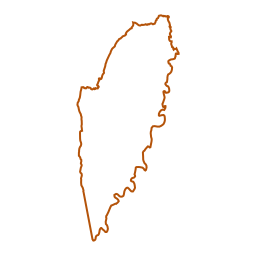 the district of Yaguará, Huila, Colombia
{"feature_id": "7082276B512677824118", "entity_name": "Yaguará", "entity_type": "district", "adm_level": 2, "iso_a3": "COL", "parent_name": "Colombia", "parent_adm1": "Huila", "projection": "equal_earth", "projection_center": [-75.497, 2.631], "detail": "fine", "context": "isolated", "style": "outline", "palette": "amber", "viewbox_px": 256, "rotation_deg": 0, "n_neighbors": 0, "source": "geoboundaries", "source_scale": "gbopen_adm2", "svg_char_len": 5690}
<svg xmlns="http://www.w3.org/2000/svg" viewBox="0 0 256 256"><path d="M176.4,48.4L176.0,48.8L175.6,48.9L175.0,49.0L174.0,48.8L173.9,48.9L173.8,49.6L173.7,49.7L173.3,49.0L173.2,47.5L173.0,47.3L172.6,47.3L172.1,47.1L171.8,45.7L171.3,44.4L171.2,44.1L171.2,43.5L171.7,42.1L171.6,41.3L171.0,41.4L170.4,41.2L169.8,40.8L169.2,39.7L169.0,36.8L170.1,36.7L170.4,36.9L170.5,37.3L170.8,37.4L171.0,37.0L171.0,36.6L170.7,35.9L170.1,34.8L169.9,34.3L169.9,33.5L170.5,32.2L171.3,31.4L171.3,30.9L171.2,30.5L170.8,30.1L170.4,29.0L170.3,28.5L170.7,27.4L170.7,27.0L170.5,26.8L169.8,27.1L169.5,26.7L169.6,26.2L169.9,25.7L170.0,25.3L169.3,22.5L168.6,21.5L167.9,19.7L167.8,18.9L167.8,17.8L168.2,17.6L168.7,17.5L168.8,17.2L168.8,16.6L168.4,16.2L167.6,16.0L166.4,16.5L165.8,16.3L165.5,16.4L164.9,16.0L164.3,16.2L163.8,15.9L163.6,15.9L163.3,16.3L163.2,16.3L162.8,15.9L162.2,15.8L161.3,15.4L160.5,15.4L159.9,15.6L159.1,15.7L158.8,16.0L158.6,16.7L158.0,18.1L157.0,18.6L156.8,18.9L156.6,19.2L156.7,19.9L156.3,20.1L155.8,20.7L155.5,22.1L155.1,22.9L154.7,23.6L154.6,23.8L153.9,23.8L153.0,24.3L151.6,23.5L151.1,23.4L150.1,23.7L149.6,24.2L148.9,24.4L148.3,24.1L147.9,24.2L147.6,24.4L147.5,24.7L147.3,24.8L146.3,24.7L145.8,24.2L144.6,24.7L142.8,25.0L142.6,25.0L142.0,24.7L140.3,25.5L139.8,25.5L138.9,25.3L137.3,24.2L136.9,23.7L135.0,22.7L133.7,22.7L133.1,22.5L133.3,23.5L133.3,24.7L133.1,25.5L132.5,26.5L131.7,27.4L131.5,27.9L131.6,28.3L130.4,28.7L129.6,29.5L126.9,31.7L126.6,32.1L126.4,32.7L125.9,33.2L125.8,33.5L126.0,34.5L125.6,34.6L125.0,35.5L122.6,36.4L122.2,37.0L120.9,38.1L120.6,38.5L119.2,39.0L118.8,39.5L118.4,40.3L117.7,41.0L117.3,41.2L115.4,44.4L115.0,45.5L114.8,46.4L112.7,48.2L112.0,49.0L110.8,51.5L110.5,52.8L110.0,53.8L109.4,54.8L106.8,60.4L106.1,62.7L105.6,63.8L105.2,66.3L103.7,70.9L103.9,72.2L104.0,72.9L103.5,73.6L102.9,74.2L102.5,75.0L102.1,76.2L101.9,77.4L101.4,78.7L101.2,78.9L100.9,79.0L100.6,78.6L100.0,78.4L99.1,78.4L98.9,78.6L98.9,79.2L99.3,80.0L99.2,80.4L99.0,80.8L98.6,81.2L97.8,83.6L97.2,84.6L97.1,85.1L97.3,85.5L98.0,85.7L98.4,86.2L98.7,86.6L98.6,87.1L98.0,87.4L97.9,88.2L97.8,88.4L96.9,88.5L95.3,88.1L95.2,88.3L95.1,89.0L94.6,89.2L93.7,88.6L93.5,88.9L92.8,89.1L92.5,89.4L92.4,89.4L91.6,89.3L90.9,88.8L90.7,88.2L89.8,87.6L89.1,87.6L88.6,87.7L88.1,87.3L87.7,87.0L87.1,87.1L86.7,87.8L85.9,88.4L85.4,88.1L84.5,88.2L84.2,88.1L83.8,87.4L83.2,87.1L82.8,87.1L82.4,87.3L81.6,87.3L81.3,89.1L80.6,91.7L80.2,95.3L79.8,97.7L78.8,100.0L78.8,100.9L77.6,103.0L77.6,104.0L77.4,104.8L77.8,105.9L78.4,107.0L78.9,109.6L79.3,111.1L79.8,112.3L80.8,114.2L81.0,115.4L81.6,117.2L81.5,117.9L81.5,119.0L81.5,119.9L81.7,120.5L81.8,124.3L81.5,125.8L81.5,126.6L81.8,128.2L81.9,129.6L82.1,130.8L80.6,131.2L80.1,131.8L80.0,133.1L80.1,138.8L80.3,140.7L81.0,142.6L81.2,143.6L81.2,144.4L80.8,145.9L80.1,146.8L79.4,148.4L79.1,150.3L79.1,151.5L78.9,152.7L78.9,155.8L79.7,156.6L80.2,157.5L80.7,159.3L81.3,159.9L81.3,161.6L81.1,162.1L80.9,163.1L80.9,163.7L81.5,164.5L81.7,165.2L81.6,165.8L80.8,167.9L80.4,170.1L80.1,171.6L80.4,172.6L81.5,173.6L81.7,174.2L81.8,175.7L81.0,178.4L81.2,179.8L81.1,182.2L81.2,183.9L81.4,185.4L82.7,187.7L83.5,190.4L83.3,191.3L83.5,191.9L92.5,239.3L92.8,239.6L93.1,240.4L93.7,240.6L94.4,240.3L95.2,239.7L95.5,239.0L95.7,237.9L95.7,237.3L96.2,236.1L97.0,235.4L98.2,235.0L98.8,234.1L99.3,232.4L99.7,230.0L100.1,229.0L100.8,228.1L101.4,228.0L102.8,229.5L104.2,230.6L105.4,232.0L106.6,232.0L107.4,230.8L107.9,228.9L107.5,226.5L106.9,225.1L105.9,224.0L105.7,221.8L106.3,219.0L106.4,218.1L106.1,217.2L106.3,215.9L106.8,215.3L108.4,212.0L110.4,207.1L111.3,205.5L112.5,205.1L115.4,203.7L116.1,203.8L116.2,203.6L116.9,203.2L117.7,202.5L118.7,201.3L118.5,200.4L117.4,199.0L116.6,198.4L115.4,197.7L114.6,196.8L114.4,195.8L114.4,194.9L116.1,193.9L117.1,194.1L117.9,194.6L119.5,196.2L120.1,196.5L121.1,196.7L122.4,196.5L123.4,195.8L123.8,194.7L124.4,191.3L125.2,189.4L126.5,187.9L127.7,187.7L128.8,188.6L130.4,190.4L131.3,191.3L132.2,191.5L133.0,191.4L134.5,189.0L135.0,187.8L134.7,185.2L134.3,183.5L133.3,181.8L132.3,181.5L131.4,181.2L130.9,180.7L131.0,179.6L131.7,178.4L132.7,177.9L133.7,177.7L134.1,177.5L134.6,177.0L135.1,176.3L135.0,175.3L134.5,174.3L134.9,173.1L135.6,169.4L135.8,167.6L136.4,167.1L138.2,167.0L139.8,167.1L142.4,167.6L143.2,168.2L143.9,168.9L144.5,170.0L145.3,170.5L146.0,169.9L146.6,167.4L146.4,165.6L145.7,164.3L144.6,163.3L143.6,161.1L143.2,159.6L143.1,156.2L142.9,152.5L143.5,151.3L144.5,150.6L144.9,149.9L145.6,148.9L147.8,146.4L148.4,146.5L149.8,147.5L150.4,147.2L151.5,141.5L151.7,139.8L151.6,138.6L151.1,136.9L150.7,133.2L150.9,131.4L151.3,130.4L151.6,127.9L152.9,126.3L154.6,126.1L157.4,126.6L159.5,126.6L161.4,125.7L163.4,124.2L164.3,122.5L164.8,120.8L164.9,119.2L164.7,116.7L164.3,115.6L163.5,115.0L161.6,115.2L159.4,115.8L158.9,115.5L158.9,113.7L159.8,111.8L161.1,110.3L162.6,109.6L164.2,110.0L165.3,108.1L165.5,107.0L165.5,106.1L165.2,106.0L164.8,106.1L164.2,107.3L163.5,107.1L163.0,106.7L162.4,104.0L163.0,102.7L164.3,98.9L164.6,97.7L164.5,96.7L163.8,94.1L163.4,91.9L163.7,91.3L164.3,91.1L164.9,91.3L165.3,91.8L165.6,92.5L166.0,92.8L166.8,92.7L168.2,92.4L168.9,91.9L169.2,91.3L169.3,90.4L169.1,88.6L168.8,87.7L168.2,86.5L167.7,86.2L166.8,85.9L166.3,85.4L165.4,84.2L165.4,83.5L165.7,82.9L166.1,82.5L166.8,82.3L167.0,81.9L167.4,79.0L167.4,77.4L167.7,75.6L168.2,74.4L169.2,73.9L170.3,73.0L171.3,71.7L171.9,69.7L172.1,67.4L171.5,66.2L170.6,65.8L170.2,64.4L169.6,63.6L169.0,63.6L168.5,62.9L168.3,61.3L168.5,60.9L169.1,60.4L170.8,59.5L173.0,59.2L174.6,58.7L174.9,58.4L175.2,57.0L175.5,56.7L175.6,56.4L175.5,55.9L175.8,53.8L176.2,53.4L176.8,53.8L177.5,54.0L178.6,53.9L178.6,53.0L178.4,52.6L177.5,51.0L177.2,50.1L176.8,49.4L176.4,48.4Z" fill="none" stroke="#b45309" stroke-width="2"/></svg>